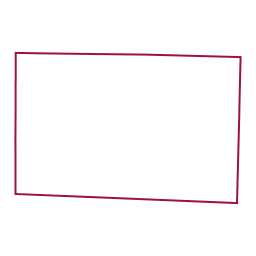 the district of Newton, Missouri, United States of America
{"feature_id": "52423323B17908579345359", "entity_name": "Newton", "entity_type": "district", "adm_level": 2, "iso_a3": "USA", "parent_name": "United States of America", "parent_adm1": "Missouri", "projection": "robinson", "projection_center": [-94.466, 36.902], "detail": "fine", "context": "isolated", "style": "outline", "palette": "rose", "viewbox_px": 256, "rotation_deg": 0, "n_neighbors": 0, "source": "geoboundaries", "source_scale": "gbopen_adm2", "svg_char_len": 448}
<svg xmlns="http://www.w3.org/2000/svg" viewBox="0 0 256 256"><path d="M240.6,57.1L145.5,54.6L101.2,54.1L97.2,54.1L92.8,54.0L86.5,53.9L85.1,53.9L37.3,53.3L32.4,53.2L15.7,52.9L15.7,60.8L15.7,76.1L15.7,81.0L15.6,82.3L15.6,83.1L15.6,104.7L15.6,106.5L15.6,110.8L15.5,114.7L15.6,116.4L15.5,123.5L15.5,130.6L15.4,138.8L15.5,154.7L15.5,194.0L237.0,203.1L239.3,113.7L239.4,106.6L239.9,85.4L240.6,57.1Z" fill="none" stroke="#9f1239" stroke-width="2"/></svg>